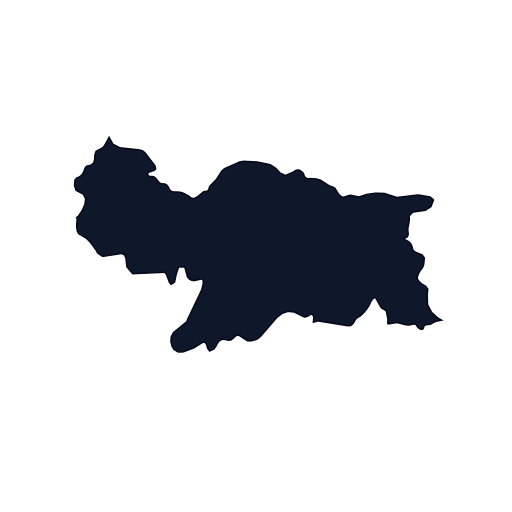 Bozen, Albers equal-area conic projection, rotated 21°
{"feature_id": "ITA-5459", "entity_name": "Bozen", "entity_type": "Province", "adm_level": 1, "iso_a3": "ITA", "parent_name": "Italy", "parent_adm1": "", "projection": "albers", "projection_center": [11.502, 46.655], "detail": "fine", "context": "isolated", "style": "filled", "palette": "ink", "viewbox_px": 512, "rotation_deg": 21, "n_neighbors": 0, "source": "natural_earth", "source_scale": "10m", "svg_char_len": 3399}
<svg xmlns="http://www.w3.org/2000/svg" viewBox="0 0 512 512"><g transform="rotate(21 256 256)"><path d="M74.8,284.4L75.9,282.5L77.5,275.8L77.8,268.7L76.4,263.5L72.6,260.1L64.6,259.2L61.3,255.2L59.8,249.9L60.7,247.4L62.8,245.5L64.6,242.3L65.1,238.4L64.9,235.3L65.7,232.8L68.9,230.8L71.2,227.4L70.8,223.7L69.5,219.7L69.2,215.6L73.4,210.8L74.5,209.1L75.2,206.6L76.3,197.9L82.3,202.9L90.0,203.8L109.0,198.8L112.3,198.5L115.1,199.3L129.3,208.0L131.1,210.7L130.2,212.6L126.0,216.0L125.1,217.3L126.2,219.7L128.2,219.8L132.1,218.6L134.3,219.3L139.6,222.4L141.4,222.5L145.0,221.5L146.9,221.6L148.6,222.5L151.7,225.2L153.6,226.0L155.5,225.9L161.7,223.8L164.9,223.4L171.4,224.1L174.6,225.2L177.2,224.8L179.9,222.1L184.1,214.9L184.9,214.2L186.9,213.3L187.7,212.4L188.1,211.1L187.9,208.2L188.0,207.2L191.6,198.8L193.6,189.2L195.2,185.9L207.2,174.0L210.6,172.0L223.5,167.8L236.5,165.7L243.1,167.1L248.9,170.0L254.6,170.3L260.9,164.2L262.3,162.0L264.0,160.8L265.8,160.3L269.1,161.1L270.3,161.8L271.4,162.8L272.4,164.2L273.9,165.1L275.6,165.4L277.4,165.1L279.1,164.2L284.6,162.5L289.0,162.1L298.5,164.1L298.9,164.1L300.3,164.3L301.7,164.1L305.2,164.4L311.2,168.9L314.7,170.2L316.9,169.7L320.5,166.7L322.5,165.4L331.0,164.0L337.4,158.8L345.2,154.5L353.4,151.6L366.6,150.9L385.3,141.0L388.5,140.3L397.3,138.5L401.6,140.0L401.6,143.4L401.6,147.2L397.7,152.6L386.5,158.9L384.6,163.7L385.8,166.4L386.7,169.5L387.8,175.8L389.1,178.8L390.4,181.4L390.4,183.9L387.7,186.6L389.6,187.4L394.0,188.1L396.1,189.2L398.3,191.3L399.3,193.0L400.4,194.3L403.0,195.3L410.8,195.5L413.8,197.5L415.5,203.4L415.6,206.8L415.1,208.7L414.5,210.6L414.0,213.8L414.0,217.3L414.4,219.1L415.5,220.2L417.3,221.4L421.2,222.9L425.1,223.4L428.2,225.4L429.9,231.3L433.6,240.0L440.1,245.7L447.7,248.7L452.2,249.4L447.6,252.3L445.3,254.5L444.3,256.0L443.7,256.7L442.7,257.4L439.2,259.4L438.2,260.4L437.9,261.4L438.1,263.3L437.9,264.3L437.3,264.9L436.1,265.3L434.0,265.1L432.8,264.6L431.8,264.0L431.2,263.4L430.4,262.9L429.6,262.5L428.3,262.7L426.9,263.3L424.9,264.8L423.2,265.7L421.1,266.4L411.9,267.5L409.0,268.9L404.6,271.6L403.5,272.0L402.8,271.0L402.3,268.9L402.0,268.0L397.8,261.2L397.1,260.6L396.3,260.2L392.1,259.5L390.4,258.6L383.0,252.3L382.2,252.2L381.2,252.6L380.2,254.4L379.8,255.8L379.5,257.2L379.3,260.9L379.0,263.1L377.9,267.2L376.6,270.9L374.9,274.4L372.4,277.6L371.9,278.6L371.5,279.8L371.0,283.2L370.7,284.2L370.4,285.1L369.9,286.0L369.4,286.7L368.8,287.4L365.8,288.4L337.0,294.4L333.3,297.2L331.8,292.1L329.5,290.0L327.6,291.3L325.7,293.8L323.2,295.6L311.5,294.6L305.6,296.3L301.0,300.1L297.5,305.8L289.0,329.4L287.5,332.1L285.6,334.3L281.2,337.3L278.2,338.2L269.2,336.2L266.7,336.6L265.3,338.4L264.2,340.9L262.6,343.4L260.5,344.5L256.0,345.2L253.9,346.2L251.9,348.7L251.2,351.7L250.8,354.9L249.9,358.0L246.7,361.3L244.0,359.5L241.4,356.1L238.7,354.6L236.9,356.0L231.0,363.9L222.5,371.5L217.8,373.5L212.9,372.6L209.9,370.2L207.3,366.5L205.9,361.9L206.4,357.1L215.0,342.1L214.9,339.9L217.5,306.7L216.6,300.5L215.2,297.2L213.5,296.8L207.2,301.1L204.6,301.7L202.0,301.4L199.4,299.9L193.5,291.8L187.7,293.9L188.0,301.6L189.3,309.6L186.8,312.9L184.4,311.4L179.4,305.6L176.8,303.8L147.2,316.7L139.3,312.3L135.3,304.5L132.8,302.0L129.6,301.8L113.0,311.3L106.9,309.9L105.4,308.3L96.6,302.6L91.4,300.2L82.5,298.7L81.5,297.9L80.3,296.8L78.5,293.7L77.7,292.0L75.8,285.5L74.8,284.4Z" fill="#0f172a" stroke="#020617" stroke-width="1.5"/></g></svg>